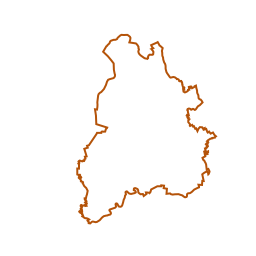 the district of Jamapa, Veracruz, Mexico, rotated 155°
{"feature_id": "50627088B37468936058188", "entity_name": "Jamapa", "entity_type": "district", "adm_level": 2, "iso_a3": "MEX", "parent_name": "Mexico", "parent_adm1": "Veracruz", "projection": "orthographic", "projection_center": [-96.25, 18.99], "detail": "fine", "context": "isolated", "style": "outline", "palette": "amber", "viewbox_px": 256, "rotation_deg": 155, "n_neighbors": 0, "source": "geoboundaries", "source_scale": "gbopen_adm2", "svg_char_len": 5643}
<svg xmlns="http://www.w3.org/2000/svg" viewBox="0 0 256 256"><g transform="rotate(155 128 128)"><path d="M106.5,214.3L107.6,214.0L108.9,212.7L109.5,212.4L111.5,211.8L112.2,211.3L113.1,211.2L118.3,207.6L115.9,201.5L114.6,196.6L113.7,192.6L116.2,186.7L117.1,183.1L117.3,181.6L118.1,180.3L119.4,179.5L120.4,179.4L123.9,180.0L125.6,180.1L127.4,178.9L129.8,176.3L133.3,173.5L137.0,171.9L138.5,171.8L140.2,171.2L141.3,170.1L144.3,165.3L145.0,164.1L145.8,162.0L146.9,159.9L148.3,157.8L150.0,158.9L151.8,152.8L155.1,144.9L146.7,137.2L147.3,136.7L148.5,136.4L150.2,134.4L152.0,135.1L152.6,135.6L153.2,135.8L154.0,135.5L154.3,134.9L158.1,136.7L159.2,135.8L170.7,128.9L172.6,129.2L172.8,127.2L176.4,127.6L177.5,119.8L179.2,120.2L179.5,118.2L180.8,118.0L180.9,117.3L181.8,116.6L182.1,116.7L182.6,117.4L183.6,117.1L185.5,118.9L186.5,118.8L187.0,118.5L186.7,117.4L186.9,116.9L188.0,116.8L188.0,116.5L187.6,116.1L189.6,111.9L191.1,112.7L193.6,107.3L192.8,106.5L192.7,106.1L191.9,106.2L191.3,105.9L191.3,105.7L192.1,105.3L192.2,105.2L191.5,104.1L191.3,103.5L191.3,102.9L192.1,102.5L192.5,102.7L192.2,104.0L192.8,104.4L193.4,104.2L193.7,103.6L193.0,102.0L192.7,100.2L193.2,99.6L193.0,99.1L191.8,98.3L191.7,97.8L192.5,96.9L192.2,96.0L192.3,94.4L191.9,93.0L191.2,91.3L191.1,88.1L193.3,85.1L194.4,84.0L196.1,81.7L196.4,81.9L196.7,82.5L197.0,82.6L197.4,81.5L197.1,79.9L196.6,79.6L196.7,79.0L197.9,78.9L198.4,78.6L197.2,77.1L197.6,76.7L198.1,76.9L198.7,76.6L198.5,75.7L198.5,75.0L199.8,75.4L200.0,76.5L201.9,76.6L202.7,77.9L203.3,78.0L203.9,77.4L203.9,77.0L202.9,76.1L203.6,75.2L204.0,74.9L204.6,75.1L205.1,74.8L205.2,74.4L205.1,74.0L204.3,73.4L204.6,72.5L205.4,72.6L205.6,72.3L205.4,71.9L204.9,71.6L205.1,71.2L205.7,71.2L205.9,71.3L206.0,71.8L207.0,73.1L207.5,72.9L207.5,72.4L207.0,71.2L206.0,70.3L206.2,69.3L206.1,69.1L205.7,69.1L205.8,67.6L206.5,67.5L206.8,67.3L206.6,67.0L205.9,66.6L206.0,65.9L205.9,65.7L204.9,64.3L204.1,64.0L203.1,63.2L202.4,62.4L201.9,61.6L203.8,61.4L203.8,61.2L203.2,61.3L203.3,59.1L203.9,58.7L203.9,58.4L202.6,57.5L200.5,58.2L199.8,58.2L199.4,58.1L197.1,56.3L195.8,56.0L192.6,56.4L189.4,57.8L187.3,58.3L185.0,57.9L183.4,57.4L182.6,57.5L180.9,57.1L180.3,57.2L179.5,57.9L179.3,58.8L179.7,61.1L179.4,61.6L178.8,61.8L173.4,61.2L172.5,61.5L172.0,62.0L171.5,64.2L170.9,64.6L170.1,64.4L169.7,63.5L169.6,60.9L168.4,59.9L167.1,59.7L166.0,60.3L164.0,62.5L162.1,64.9L160.9,65.8L160.3,66.4L159.2,68.0L157.9,68.7L157.5,70.6L157.1,71.1L156.3,71.2L155.8,71.0L154.7,68.3L153.9,67.5L153.0,66.9L149.5,66.2L148.2,66.3L148.0,66.7L147.9,67.6L148.2,68.3L149.0,69.2L148.6,70.0L148.2,70.6L147.7,70.7L147.2,70.6L146.6,70.3L145.2,68.7L145.1,67.3L145.8,65.5L145.8,64.9L144.7,62.7L142.4,61.9L142.5,59.7L139.2,60.4L139.0,62.0L138.1,61.6L136.7,60.6L135.7,60.4L135.7,60.0L134.7,60.5L133.0,62.5L126.0,62.8L122.6,61.2L122.1,62.0L119.7,60.5L121.1,58.4L118.4,56.5L120.9,52.1L117.5,50.9L117.1,49.9L115.7,48.8L113.5,48.1L110.0,46.6L109.4,45.9L107.3,44.0L107.0,43.6L106.8,42.9L105.8,41.3L105.3,41.0L104.1,40.8L103.4,41.3L102.4,43.1L101.4,43.4L101.0,43.4L99.6,42.8L98.9,42.8L97.2,43.1L94.0,44.2L90.4,44.3L88.7,44.2L88.4,44.8L88.1,46.8L85.0,45.1L83.0,48.7L81.8,48.0L80.3,54.6L78.4,55.1L76.7,55.3L74.6,55.2L74.4,53.7L74.8,52.1L74.2,52.3L72.1,54.4L72.4,54.3L72.5,57.0L74.2,57.2L72.6,62.0L72.5,63.7L72.7,65.3L72.6,65.9L72.7,66.4L73.3,67.5L73.1,69.5L69.9,69.7L69.6,71.3L67.0,70.8L66.9,72.1L65.7,72.1L65.3,73.0L69.2,73.0L68.9,74.5L67.2,74.5L67.0,76.5L66.9,76.9L65.8,76.5L65.1,76.8L65.5,77.2L65.3,77.4L64.8,77.6L63.3,77.7L63.2,78.0L63.5,79.1L64.0,79.2L64.3,80.4L63.6,80.7L62.3,80.3L62.2,81.3L61.3,81.3L61.3,82.3L61.7,82.7L60.3,83.2L58.7,83.3L58.1,83.5L56.1,83.0L56.0,83.4L55.8,83.4L55.1,83.1L53.6,82.7L53.6,82.9L51.8,83.3L52.6,85.2L52.9,88.0L55.5,88.0L56.0,90.5L57.6,90.1L57.8,90.9L57.5,94.1L59.7,94.4L58.7,95.6L60.4,95.8L60.4,97.2L62.4,98.4L64.2,97.7L66.4,95.8L66.4,98.9L67.4,98.9L67.5,101.8L68.4,101.8L68.5,103.7L70.9,103.6L71.0,104.0L70.2,105.3L70.9,107.8L70.3,109.2L68.7,110.0L69.5,111.0L68.8,111.5L69.6,112.4L68.6,113.3L69.5,114.1L69.6,114.4L68.8,115.0L67.9,114.5L67.6,114.9L67.4,114.6L67.0,117.0L66.4,118.6L66.7,119.0L66.5,119.5L65.9,120.0L64.5,119.9L63.2,118.7L63.1,117.9L62.9,117.8L61.1,117.9L60.7,117.6L60.2,116.9L60.0,116.3L59.3,116.1L58.4,116.4L55.9,117.9L55.1,118.2L53.4,118.3L49.6,119.7L49.7,121.5L50.1,123.0L51.1,124.0L51.4,125.2L50.4,128.0L50.5,130.0L50.2,131.4L49.7,132.4L49.3,134.3L49.3,134.9L48.5,137.7L49.9,137.7L50.1,137.2L53.1,137.0L53.1,138.4L54.0,138.1L54.0,139.2L55.5,139.5L56.3,136.8L57.5,137.2L57.9,136.5L58.4,136.2L60.5,136.1L61.4,136.2L62.3,137.5L61.7,139.6L60.8,139.0L60.4,140.2L59.9,140.7L60.0,141.2L60.9,141.5L60.5,144.4L60.2,144.5L60.0,146.1L59.8,146.2L59.7,146.7L60.0,146.9L59.9,148.1L61.4,148.5L61.6,148.7L61.4,149.0L61.7,149.2L61.6,149.8L61.7,150.6L62.3,151.4L63.1,151.7L63.1,152.3L64.1,154.1L65.4,155.1L68.0,155.6L68.4,156.0L68.6,156.6L69.4,161.1L69.5,162.5L68.9,165.7L67.7,168.4L67.4,169.6L67.3,170.5L67.5,172.2L67.1,175.2L66.4,177.2L66.4,178.5L66.2,179.4L65.2,181.7L64.7,183.5L62.8,185.8L64.0,188.6L64.6,189.5L64.5,190.1L64.8,193.3L65.9,193.2L72.0,193.3L72.0,191.3L71.4,189.7L73.3,189.7L73.0,189.3L73.2,188.6L72.9,187.8L72.8,186.2L73.9,184.4L74.5,184.3L74.5,184.1L75.1,184.1L77.4,185.3L78.7,185.0L79.9,183.9L80.1,183.2L80.3,182.8L81.3,182.5L81.5,182.8L83.0,183.8L83.6,184.4L85.9,188.5L86.5,190.2L86.6,191.8L86.2,193.2L85.1,194.3L84.8,194.8L84.9,195.4L84.7,196.1L84.2,197.1L84.3,198.7L84.8,200.7L85.1,201.3L90.6,205.0L88.9,206.8L87.7,208.6L87.7,209.9L88.8,212.1L89.3,212.7L92.6,214.1L94.6,215.2L96.0,215.1L99.0,214.2L99.6,213.9L100.2,213.3L101.0,213.2L102.2,213.3L103.8,214.0L106.5,214.3Z" fill="none" stroke="#b45309" stroke-width="2"/></g></svg>